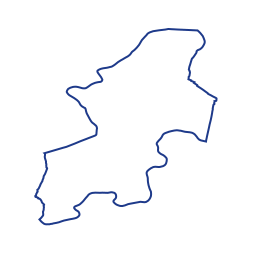 Ben Cau, Tây Ninh, Vietnam, rotated 96°
{"feature_id": "81297802B61263365113672", "entity_name": "Ben Cau", "entity_type": "district", "adm_level": 2, "iso_a3": "VNM", "parent_name": "Vietnam", "parent_adm1": "Tây Ninh", "projection": "equal_earth", "projection_center": [106.154, 11.13], "detail": "fine", "context": "isolated", "style": "outline", "palette": "blue", "viewbox_px": 256, "rotation_deg": 96, "n_neighbors": 0, "source": "geoboundaries", "source_scale": "gbopen_adm2", "svg_char_len": 5766}
<svg xmlns="http://www.w3.org/2000/svg" viewBox="0 0 256 256"><g transform="rotate(96 128 128)"><path d="M133.3,49.0L132.3,49.0L131.3,48.9L129.8,48.7L128.4,48.6L119.0,47.5L116.0,47.2L111.8,46.6L108.1,46.2L104.2,45.9L103.2,45.9L100.2,45.6L99.8,45.8L96.3,45.5L95.9,45.4L95.7,45.2L95.4,44.8L95.2,44.6L94.8,44.6L94.7,44.6L94.2,44.9L93.0,44.7L92.5,44.7L92.2,44.8L91.8,43.2L91.5,43.0L89.7,43.0L89.3,43.1L89.1,43.4L88.8,44.0L87.6,47.2L87.0,48.5L85.8,51.6L85.6,52.0L85.4,52.2L85.2,52.2L85.0,52.4L84.8,52.8L83.2,55.6L82.3,57.1L80.9,59.7L79.0,63.5L78.8,63.8L78.6,63.8L78.3,63.5L78.1,63.6L76.3,67.1L75.5,66.7L74.5,70.2L74.0,70.2L73.4,72.5L73.2,73.0L72.5,72.9L71.7,72.9L71.1,73.0L70.8,73.0L70.3,72.6L69.8,72.4L69.3,72.3L69.1,72.3L68.6,72.3L67.3,72.2L66.3,72.2L65.7,72.3L65.2,72.7L64.8,72.7L64.5,72.8L64.1,73.1L63.9,73.4L63.8,73.5L63.6,73.6L63.4,73.6L62.5,73.5L61.2,73.4L60.4,73.3L58.7,72.9L57.7,72.7L55.4,72.3L52.5,71.7L52.3,71.6L50.9,70.5L48.8,69.3L47.6,68.7L46.6,68.1L46.0,67.9L45.7,67.8L44.5,67.8L43.7,67.2L43.3,66.8L42.2,64.7L41.1,63.5L40.0,62.6L39.1,62.1L37.6,61.4L36.2,60.9L35.3,60.7L34.3,60.7L33.3,60.9L31.8,61.6L30.4,62.3L28.7,63.3L27.0,65.0L26.0,66.0L25.0,67.2L23.7,69.0L24.1,76.2L24.8,87.6L25.2,95.5L25.3,98.2L26.2,101.2L27.6,107.4L28.5,110.8L29.1,113.1L30.6,116.3L31.4,117.5L32.2,118.4L33.8,119.4L35.6,120.8L39.0,123.3L40.0,123.8L41.8,124.6L44.2,125.7L47.2,127.7L49.7,129.7L51.6,131.7L52.1,132.1L54.6,133.5L55.5,134.3L56.8,135.7L57.9,137.3L59.2,139.1L60.2,140.4L61.3,142.0L63.5,144.8L64.7,146.0L66.1,147.4L67.4,148.9L68.3,150.1L68.7,150.7L69.2,152.2L69.9,154.1L70.3,155.3L71.2,158.9L71.9,160.9L72.7,162.5L73.5,163.6L74.2,164.3L74.8,164.4L75.5,164.2L76.6,163.4L78.9,161.3L80.2,160.1L81.4,159.3L82.5,158.6L83.0,158.6L83.5,158.7L83.9,158.9L84.6,159.5L85.0,160.2L85.5,162.4L86.0,164.0L86.6,165.6L88.0,168.2L88.9,169.5L90.9,171.7L92.3,173.4L92.8,174.2L93.0,174.8L93.2,176.3L93.2,177.7L92.9,179.3L92.5,181.9L92.4,183.2L92.4,184.4L92.6,185.6L92.9,187.0L94.0,189.6L94.7,190.6L95.3,191.5L96.9,192.4L98.1,192.7L98.7,192.6L99.7,191.9L100.7,190.9L101.5,189.8L103.9,184.6L105.5,181.8L106.7,180.2L107.6,179.3L108.4,178.8L109.8,177.8L110.5,177.1L111.3,176.0L112.3,173.9L112.6,172.9L113.3,172.3L114.0,172.0L115.6,171.5L117.7,170.6L119.2,169.6L121.1,168.3L122.6,167.3L124.8,165.7L126.0,164.6L126.6,163.8L127.4,162.4L128.4,161.0L129.0,160.1L129.6,159.6L130.3,159.2L131.6,158.8L133.0,158.9L137.4,158.8L138.0,158.9L138.4,159.2L139.0,160.0L140.5,162.9L142.2,166.3L143.1,168.0L146.1,173.9L149.0,179.2L153.2,187.3L154.4,190.4L161.8,208.4L162.1,208.0L162.6,207.8L164.4,207.7L164.9,207.8L165.7,207.7L166.7,207.4L167.9,206.9L169.7,206.1L170.2,206.0L170.8,206.0L171.4,205.9L172.5,205.4L173.7,205.4L174.4,205.2L175.5,205.1L176.0,204.8L176.3,204.3L176.6,204.2L176.8,204.2L180.3,205.1L182.4,205.7L184.5,206.7L185.0,206.8L186.7,206.9L187.1,207.0L188.3,207.4L188.7,207.5L189.5,207.6L189.8,207.6L191.0,208.2L193.2,209.1L193.3,209.2L194.6,209.4L195.2,209.7L197.0,210.3L197.7,210.6L198.6,211.3L199.0,211.7L199.4,211.6L199.7,211.4L200.1,211.4L200.7,211.2L200.8,211.2L201.3,211.7L201.5,211.8L201.8,211.8L202.5,212.0L203.3,212.4L204.5,212.4L205.0,212.8L205.1,213.0L205.3,213.0L205.6,213.0L205.9,213.0L206.0,212.9L206.2,212.7L206.2,212.1L206.2,211.9L206.2,211.7L206.5,211.3L206.5,211.2L206.5,210.8L206.7,210.4L206.9,210.0L207.1,210.0L207.4,210.0L207.5,209.8L207.6,208.6L207.7,208.4L208.0,207.9L208.3,207.5L208.9,207.0L209.7,206.4L210.6,206.0L211.4,205.4L211.8,204.9L212.5,203.9L213.0,203.4L213.3,203.4L213.6,203.6L213.9,203.8L214.3,203.8L214.9,203.5L215.5,203.3L216.2,203.4L216.5,203.4L217.9,203.3L219.3,203.5L220.2,203.8L222.6,203.3L223.8,203.3L224.8,203.9L226.5,205.0L228.2,206.5L230.0,204.6L231.0,203.2L232.0,201.5L232.3,200.4L232.3,199.8L232.3,199.0L232.1,197.5L232.0,196.2L231.5,194.9L231.2,193.4L230.7,192.3L229.8,189.2L229.0,186.9L227.7,184.2L226.7,181.9L224.8,176.1L224.0,173.3L223.3,171.2L222.7,169.9L221.9,168.8L220.8,167.8L219.9,167.3L219.1,167.2L217.9,167.5L216.5,168.4L216.0,169.1L215.1,171.1L214.6,171.8L214.2,172.3L213.7,172.8L213.1,173.2L212.8,173.2L212.5,173.2L212.1,173.0L211.8,172.8L211.2,171.9L210.6,170.7L209.8,169.2L209.4,168.5L208.7,167.7L206.7,165.9L205.3,164.8L202.2,162.8L200.0,161.2L198.4,160.2L197.4,159.0L196.7,157.7L196.3,156.7L195.9,154.7L195.7,153.4L195.4,149.3L195.1,147.3L195.0,146.6L194.7,142.6L194.6,141.3L194.1,139.6L193.7,138.2L193.6,137.2L193.7,136.3L193.9,134.9L194.2,134.3L194.8,133.6L195.7,133.0L196.8,132.7L197.7,132.6L198.7,132.7L199.7,133.2L200.8,134.1L201.5,134.6L202.1,134.8L202.6,134.8L203.1,134.6L203.5,134.2L204.2,133.4L205.1,132.0L205.6,130.8L206.0,129.3L206.3,127.9L206.3,126.7L206.2,125.5L205.8,124.4L205.3,123.0L203.7,119.9L203.0,117.7L200.6,109.6L200.3,108.7L200.1,107.9L200.1,107.5L200.1,103.9L199.9,103.1L199.7,102.4L199.0,101.4L198.1,100.3L196.5,99.2L194.9,98.5L193.3,98.1L191.4,98.1L190.1,98.3L188.8,98.6L187.3,99.5L185.6,100.4L182.7,101.6L181.4,102.0L179.6,102.5L178.0,102.8L175.7,103.1L174.2,103.6L172.9,104.2L171.7,104.6L170.8,104.8L170.0,104.7L168.8,104.2L167.3,102.9L165.6,101.0L164.9,99.9L164.2,98.8L163.9,97.7L163.7,96.9L163.6,93.5L163.4,92.2L162.3,89.2L161.6,88.2L161.1,87.6L160.5,87.1L160.0,86.8L159.3,86.5L159.0,86.4L157.0,86.1L155.6,86.1L154.5,86.3L153.7,86.8L153.0,87.6L152.2,88.6L151.3,90.1L150.8,91.5L150.3,92.8L149.6,93.9L148.8,95.0L147.7,95.7L146.2,95.9L144.9,95.9L143.9,96.1L142.6,96.7L141.4,97.6L140.7,97.8L139.8,97.7L138.9,97.2L137.4,96.2L135.5,94.7L133.9,93.7L131.6,92.8L130.7,92.3L129.7,91.3L129.0,90.1L127.8,87.6L127.5,87.0L127.2,86.2L126.6,84.6L125.7,81.8L125.2,79.6L125.1,78.3L125.2,76.7L125.2,75.2L125.6,72.5L125.8,70.8L125.8,66.1L126.0,64.1L126.2,63.3L126.7,62.1L127.4,60.9L129.4,58.8L130.8,57.6L131.7,56.5L132.2,55.8L132.5,54.8L132.7,54.2L132.9,52.5L133.3,49.0Z" fill="none" stroke="#1e3a8a" stroke-width="2"/></g></svg>